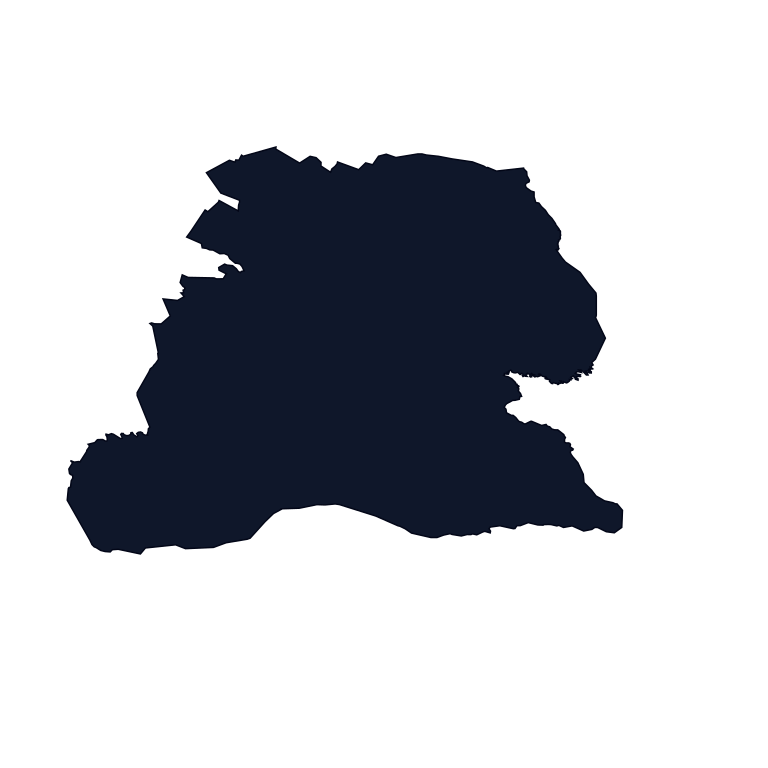 the district of Tirzas pag., Gulbene, Latvia, rotated 199°
{"feature_id": "27541924B64079205421183", "entity_name": "Tirzas pag.", "entity_type": "district", "adm_level": 2, "iso_a3": "LVA", "parent_name": "Latvia", "parent_adm1": "Gulbene", "projection": "equal_earth", "projection_center": [26.38, 57.123], "detail": "fine", "context": "isolated", "style": "filled", "palette": "ink", "viewbox_px": 768, "rotation_deg": 199, "n_neighbors": 0, "source": "geoboundaries", "source_scale": "gbopen_adm2", "svg_char_len": 6171}
<svg xmlns="http://www.w3.org/2000/svg" viewBox="0 0 768 768"><g transform="rotate(199 384 384)"><path d="M563.3,572.9L591.3,553.5L593.2,554.0L594.1,548.4L597.1,547.6L597.2,545.2L603.0,545.2L620.7,526.0L600.4,511.4L580.5,510.7L579.8,509.1L579.7,505.8L578.2,500.2L599.7,503.8L599.8,501.9L606.6,489.6L609.8,490.3L616.2,465.8L618.4,458.7L602.4,457.4L600.2,453.6L596.0,454.4L592.5,454.1L589.2,455.0L581.6,453.7L577.5,455.4L573.3,455.0L570.7,452.4L563.9,449.8L562.2,450.3L559.3,450.5L556.5,448.9L553.1,445.4L555.6,443.9L556.1,442.5L558.5,443.0L561.2,444.9L565.7,446.6L571.3,445.3L573.7,445.5L578.2,440.3L577.0,437.9L568.8,436.8L569.2,436.1L570.3,431.1L576.7,428.8L579.1,429.0L603.9,421.0L610.3,421.5L609.8,413.6L606.1,411.0L603.6,410.2L603.3,408.4L604.5,407.3L603.1,405.0L605.6,404.0L601.3,401.6L606.4,395.8L620.6,392.5L608.2,378.8L614.2,368.3L620.5,366.2L623.6,366.1L625.0,365.0L621.5,363.5L607.5,340.0L607.9,339.4L605.3,333.9L606.6,329.2L607.9,326.4L607.9,325.4L609.9,322.2L610.2,318.7L614.6,295.5L613.6,292.7L591.3,267.0L592.2,264.9L591.6,262.7L591.5,260.0L590.8,258.7L592.1,258.5L593.0,257.8L595.4,258.1L596.5,259.2L598.5,259.4L600.6,258.3L601.7,256.6L599.8,255.0L600.5,253.6L604.1,254.5L606.2,256.2L607.4,255.6L607.2,253.9L608.4,252.4L610.4,251.4L613.3,251.4L614.4,252.3L616.1,251.8L616.5,250.6L614.3,248.4L613.9,247.4L615.5,246.6L623.5,248.4L625.6,248.3L627.9,246.3L630.5,246.1L630.4,245.3L628.8,243.9L627.5,241.3L627.5,239.9L628.3,239.3L631.9,239.9L636.3,238.3L636.9,237.9L638.4,234.4L644.1,230.7L642.6,229.9L642.3,228.3L643.4,224.6L643.2,223.2L646.1,211.3L647.6,211.2L651.4,209.3L655.5,209.5L652.8,208.1L654.3,201.0L652.2,197.0L651.0,196.4L648.7,196.2L647.6,193.8L648.2,190.7L646.8,184.4L648.2,183.5L648.4,182.3L645.7,171.0L611.2,140.6L607.8,137.1L605.0,135.7L602.8,135.6L597.7,134.4L593.1,134.8L588.2,136.1L586.9,138.9L581.5,141.2L559.0,144.0L556.2,151.3L528.7,164.1L518.1,163.7L492.0,174.0L481.6,182.5L462.8,192.7L460.4,194.6L451.7,215.0L446.3,225.6L440.1,232.3L440.4,232.6L423.6,239.0L408.2,248.1L400.4,250.5L391.1,254.7L386.9,255.5L349.0,256.5L324.6,254.5L322.6,254.7L316.8,254.0L309.5,252.0L289.8,254.1L283.9,256.1L278.4,260.6L272.8,264.0L270.7,263.9L261.4,265.5L256.5,268.7L252.8,269.9L251.5,271.1L247.2,271.6L242.4,276.3L240.7,277.5L235.1,277.8L235.4,279.6L237.6,281.3L237.0,283.3L228.3,287.7L214.5,289.3L213.1,290.0L212.2,293.3L209.1,294.4L202.5,299.9L192.6,300.8L187.5,302.4L187.4,303.0L182.7,304.8L180.2,305.5L174.4,306.1L172.6,307.3L167.6,306.8L159.9,311.1L147.3,310.0L140.1,314.2L138.0,317.0L135.2,317.9L125.7,316.7L117.8,318.3L112.5,325.8L117.4,342.2L124.6,346.5L126.3,346.0L128.9,346.3L137.4,345.3L147.2,347.2L153.1,351.1L162.8,355.9L166.2,363.5L175.1,372.7L182.1,376.8L184.4,378.5L185.6,380.0L185.7,381.3L185.0,382.5L184.1,382.8L183.9,384.1L187.8,385.3L187.9,387.3L188.9,388.3L190.1,388.4L192.9,387.5L194.5,387.9L195.3,390.7L195.0,392.4L197.0,393.9L197.5,394.7L204.7,397.2L207.8,396.2L210.7,396.1L213.4,397.5L215.8,397.3L217.6,398.5L221.5,396.1L232.4,396.8L233.1,396.5L237.3,392.3L238.5,391.9L241.4,392.7L243.4,392.5L244.8,392.8L248.5,395.2L251.7,396.4L253.4,395.8L258.8,396.7L260.5,399.9L262.7,401.0L262.4,403.6L261.6,405.4L257.0,410.4L254.9,411.2L251.1,413.6L251.4,416.3L249.9,417.1L251.9,419.5L254.9,421.2L254.7,422.2L255.2,423.7L256.7,424.4L255.6,425.5L255.9,426.0L258.2,426.2L258.1,427.0L259.8,427.2L260.1,428.2L264.8,430.5L269.2,431.3L271.5,430.9L273.5,431.2L273.2,431.6L273.6,433.2L273.1,433.4L272.4,433.0L269.6,433.8L269.6,434.2L271.1,434.9L269.6,435.3L269.6,436.0L270.6,436.0L270.5,436.4L268.7,438.4L267.9,438.2L267.3,437.1L265.3,436.9L263.6,437.2L261.2,438.6L258.5,437.3L257.7,437.7L257.7,438.7L257.0,439.0L255.0,438.0L255.9,437.0L255.0,436.3L254.7,436.6L254.8,437.3L254.5,437.5L253.0,437.3L251.2,437.8L252.9,438.7L252.7,439.5L251.7,440.1L252.0,440.7L251.8,440.9L248.8,440.4L248.8,438.8L247.9,438.3L246.7,438.9L247.2,441.1L248.1,441.8L247.8,442.1L246.2,441.4L245.0,441.5L245.8,440.5L244.2,439.9L243.6,439.8L243.0,440.7L241.1,440.9L238.9,442.7L241.0,443.6L240.6,444.1L238.9,444.1L238.1,443.3L236.8,443.0L234.9,443.1L233.2,443.8L232.9,443.4L233.8,442.7L233.4,441.6L232.2,441.5L232.2,442.3L231.4,442.5L230.7,441.7L228.7,442.1L228.4,440.4L225.9,439.1L224.6,439.3L224.4,440.4L223.9,440.6L222.3,440.4L220.9,440.8L219.5,440.1L218.9,440.5L219.2,441.7L218.0,441.7L217.0,442.6L217.1,443.3L218.6,444.3L217.1,444.7L216.5,444.1L216.5,442.9L215.9,442.7L214.8,443.2L214.6,443.9L214.8,444.7L212.0,444.4L211.0,445.1L209.7,447.1L209.6,447.9L210.1,448.6L208.6,448.8L208.8,449.4L207.7,450.5L209.6,451.2L207.9,453.2L207.5,453.4L206.7,452.5L205.1,451.8L204.9,451.1L204.5,450.8L201.8,450.8L202.1,452.0L203.9,452.7L204.7,453.6L203.4,454.3L200.7,455.0L200.6,455.4L201.9,455.6L201.5,456.7L204.6,456.2L206.7,456.4L206.5,457.2L204.9,458.8L201.0,459.2L202.2,460.4L201.9,460.8L204.1,460.5L204.6,460.8L202.7,461.4L200.7,461.0L195.6,458.4L194.0,459.0L195.1,460.1L195.0,460.8L197.6,460.9L198.1,461.6L197.8,461.9L195.4,462.6L193.3,461.4L191.6,461.9L192.0,463.1L195.2,464.0L195.3,464.3L193.5,464.8L193.4,465.2L194.5,465.4L194.0,466.0L194.4,466.6L192.1,465.9L191.6,466.3L193.6,467.0L193.4,467.5L193.7,468.9L192.5,470.1L194.6,471.9L192.2,476.3L189.6,499.4L205.9,515.9L205.5,516.6L205.7,518.3L211.9,536.3L213.2,539.0L223.2,545.1L235.0,553.4L252.2,558.4L256.7,561.1L265.0,567.1L264.4,567.7L263.1,567.5L262.7,569.0L264.1,570.3L264.0,571.2L265.3,572.0L265.0,572.9L265.6,573.3L265.3,574.2L265.7,575.2L265.2,576.0L265.8,577.0L264.9,577.5L264.6,579.1L265.4,580.6L265.4,582.3L266.0,583.2L266.9,585.8L267.5,586.3L269.1,586.3L268.7,587.3L273.5,590.6L274.1,591.5L279.1,595.2L283.9,597.6L288.0,600.8L292.9,603.0L296.5,605.5L299.6,605.0L303.0,609.8L304.6,614.4L307.9,614.3L313.5,616.0L315.0,617.8L315.1,619.3L314.9,620.1L312.6,622.4L312.9,624.1L316.6,627.5L318.2,631.1L321.8,632.9L322.3,633.6L347.0,621.9L356.5,622.5L357.4,621.8L360.6,622.5L372.6,622.8L392.9,619.0L406.7,617.0L418.5,614.3L423.0,613.9L427.0,612.5L446.5,602.0L456.7,602.0L463.3,597.6L466.1,587.6L473.3,587.1L477.7,578.4L500.2,578.8L500.0,576.9L501.2,573.7L503.3,570.4L503.5,566.8L514.6,569.6L515.7,573.1L521.9,575.9L528.0,575.2L535.7,565.4L562.8,570.9L563.3,572.9Z" fill="#0f172a" stroke="#020617" stroke-width="1.5"/></g></svg>